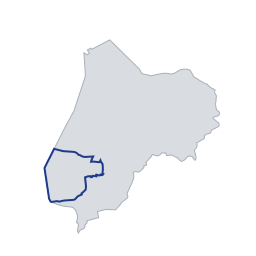 location of Al-Muthannia within Iraq, rotated 76°
{"feature_id": "IRQ-3223", "entity_name": "Al-Muthannia", "entity_type": "Province", "adm_level": 1, "iso_a3": "IRQ", "parent_name": "Iraq", "parent_adm1": "", "projection": "natural_earth1", "projection_center": [45.575, 30.396], "detail": "fine", "context": "in_parent", "style": "outline", "palette": "blue", "viewbox_px": 256, "rotation_deg": 76, "n_neighbors": 0, "source": "natural_earth", "source_scale": "10m", "svg_char_len": 4545}
<svg xmlns="http://www.w3.org/2000/svg" viewBox="0 0 256 256"><g transform="rotate(76 128 128)"><path d="M104.6,40.3L106.4,39.8L109.7,37.1L111.6,34.6L112.2,34.3L113.9,35.2L115.1,35.4L118.0,34.4L119.6,34.9L121.0,35.6L121.8,35.6L125.6,37.2L126.5,37.4L128.5,37.6L131.4,37.7L133.3,36.6L134.6,35.6L135.5,35.7L136.4,35.9L137.2,36.3L137.8,37.1L138.1,38.1L138.0,41.5L138.3,42.4L138.8,43.1L139.4,43.2L140.2,42.5L141.6,41.4L143.3,40.2L144.6,39.1L145.3,38.7L146.4,38.8L147.6,39.0L148.2,39.5L148.8,41.3L150.2,47.2L151.1,48.0L152.1,48.6L152.8,49.5L153.0,50.4L152.9,51.7L153.0,53.4L153.4,54.6L153.9,55.5L154.4,56.0L155.2,56.0L156.1,56.3L156.8,57.2L158.8,64.0L158.9,64.8L159.8,65.1L161.2,65.0L162.6,65.7L164.1,66.8L165.5,68.9L166.5,69.2L169.5,68.9L173.6,69.2L175.5,70.3L175.3,71.0L173.8,71.7L171.2,72.6L170.5,74.0L170.0,75.9L170.1,77.0L170.8,78.1L172.6,80.5L172.7,81.3L173.0,82.5L173.4,83.3L173.0,84.8L171.3,85.9L169.1,87.1L164.7,92.3L164.4,93.4L164.4,96.4L164.0,97.3L162.6,97.3L161.5,97.1L161.4,98.2L160.7,99.7L160.3,100.9L161.9,103.8L162.2,105.4L162.0,106.8L160.5,109.3L159.6,110.9L159.8,111.3L161.0,111.9L164.6,117.3L165.8,119.2L167.4,118.7L167.9,118.7L168.4,119.1L168.7,119.7L168.7,120.5L168.3,121.7L170.3,122.2L171.0,123.4L173.3,127.6L173.2,128.9L172.1,130.9L172.1,132.2L172.3,133.3L172.7,133.8L176.1,133.9L177.6,134.4L181.1,136.6L185.1,139.8L188.5,142.5L191.3,144.8L194.3,144.7L195.1,145.1L195.9,145.8L196.8,147.7L198.5,152.0L200.0,153.4L202.3,156.8L204.4,160.0L203.0,164.4L201.7,168.9L201.7,174.7L201.7,177.9L204.6,178.0L207.9,178.2L207.9,181.9L208.0,185.7L208.0,190.0L209.0,190.2L210.5,191.1L211.1,192.5L211.9,193.3L212.9,193.4L213.9,194.1L214.9,195.3L215.2,196.3L215.0,196.9L215.2,198.0L215.9,199.7L216.7,200.4L217.9,201.4L216.2,201.9L214.4,201.5L210.4,199.6L209.1,199.5L207.5,200.3L207.4,200.9L203.2,198.8L201.7,198.4L201.2,198.3L198.8,198.3L195.4,198.7L193.4,199.6L192.0,200.5L191.4,201.4L191.1,201.9L190.1,204.5L188.8,207.9L187.5,211.0L185.0,215.2L183.6,217.2L180.6,220.9L177.4,221.7L169.8,220.9L161.4,220.1L153.1,219.3L146.9,218.7L146.4,218.5L140.3,213.3L135.4,209.1L129.4,203.9L123.3,198.6L117.0,193.2L112.5,189.3L107.0,184.3L102.0,179.7L98.1,176.1L93.1,173.0L89.1,170.5L83.4,166.9L78.8,164.0L74.9,161.6L68.9,157.8L66.9,156.7L60.6,155.5L54.6,154.4L48.5,153.3L44.4,152.6L47.1,149.9L46.3,147.4L44.4,147.9L42.5,148.5L41.5,144.7L42.9,144.2L41.7,139.3L40.5,134.3L39.3,129.4L38.1,124.4L43.3,121.2L47.2,118.8L52.7,115.5L58.0,112.3L63.0,109.2L68.6,105.8L73.5,102.8L78.0,101.5L79.0,100.6L81.1,96.5L82.9,92.9L83.0,92.1L83.0,87.1L83.4,81.2L84.0,78.1L85.1,75.3L86.0,73.3L86.2,71.4L86.1,69.5L85.1,66.6L84.2,63.5L84.3,60.6L84.5,59.1L85.2,56.6L86.3,54.7L87.4,53.6L91.7,52.4L94.2,51.8L97.6,48.5L99.6,46.6L102.4,43.6L104.5,41.3L104.6,40.6L104.6,40.3Z" fill="#d9dde1" stroke="#a8b0b8" stroke-width="1"/><path d="M181.2,220.3L180.6,220.9L179.8,221.1L179.0,221.3L178.7,221.4L178.2,221.5L177.4,221.7L175.4,221.5L174.0,221.3L172.6,221.2L171.2,221.1L169.7,220.9L167.8,220.7L165.9,220.6L164.0,220.4L162.1,220.2L160.2,220.0L158.3,219.8L156.4,219.6L154.5,219.5L153.0,219.3L151.5,219.2L150.1,219.0L148.6,218.9L146.9,218.7L146.6,218.6L146.4,218.5L145.0,217.3L143.2,215.8L141.4,214.3L139.7,212.8L137.9,211.2L135.8,209.4L133.7,207.6L131.6,205.8L130.3,204.7L130.6,204.3L134.7,196.7L138.0,186.6L138.7,185.2L139.5,184.2L139.8,183.9L140.7,183.2L141.8,182.7L142.8,181.1L143.6,180.2L144.4,179.4L145.3,177.8L145.7,176.7L147.2,168.7L150.3,171.2L151.8,172.0L152.2,169.7L153.4,166.4L153.9,165.2L154.2,164.4L154.2,164.0L153.8,163.8L153.7,163.6L153.6,163.3L153.5,163.1L153.4,163.1L153.1,162.9L152.9,162.8L152.7,162.6L153.1,162.6L156.1,161.8L156.3,161.5L157.6,161.5L162.1,162.4L165.4,163.6L166.2,163.5L166.6,163.4L166.7,163.2L167.3,163.9L167.4,164.3L167.4,164.7L167.4,165.0L167.3,165.3L167.2,165.3L167.0,165.1L166.9,165.1L166.7,165.1L166.6,165.3L166.5,165.8L166.5,166.0L166.8,166.2L166.9,166.3L167.0,166.6L167.1,167.3L167.1,167.6L167.0,167.8L165.8,169.5L165.6,169.9L165.6,170.2L166.1,170.3L167.2,170.4L166.1,173.0L165.9,173.7L165.9,174.0L166.3,174.1L166.6,174.4L166.8,174.5L166.9,175.1L166.8,175.8L166.6,176.1L166.4,176.1L166.0,176.0L165.8,176.0L165.6,176.3L165.5,176.9L165.4,177.3L165.4,178.0L165.2,178.5L165.5,181.6L174.6,182.9L177.6,184.0L179.3,186.9L180.0,188.6L180.2,188.9L180.5,189.0L181.3,188.9L181.6,190.3L181.9,192.4L182.1,193.0L182.3,193.6L184.2,196.4L184.3,196.8L184.5,197.3L184.5,197.9L184.5,198.5L183.0,207.0L182.8,209.3L182.8,212.2L182.7,212.8L182.0,214.1L181.8,214.6L181.7,215.2L181.3,219.7L181.2,220.3L181.2,220.3Z" fill="none" stroke="#1e3a8a" stroke-width="2"/></g></svg>